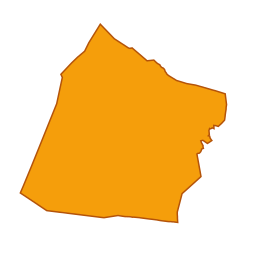 San Juan Lachigalla, Oaxaca, Mexico (Robinson projection), rotated 281°
{"feature_id": "50627088B67527227829858", "entity_name": "San Juan Lachigalla", "entity_type": "district", "adm_level": 2, "iso_a3": "MEX", "parent_name": "Mexico", "parent_adm1": "Oaxaca", "projection": "robinson", "projection_center": [-96.544, 16.566], "detail": "fine", "context": "isolated", "style": "filled", "palette": "amber", "viewbox_px": 256, "rotation_deg": 281, "n_neighbors": 0, "source": "geoboundaries", "source_scale": "gbopen_adm2", "svg_char_len": 1958}
<svg xmlns="http://www.w3.org/2000/svg" viewBox="0 0 256 256"><g transform="rotate(281 128 128)"><path d="M94.1,208.8L94.3,208.9L98.2,207.4L115.1,200.8L115.6,200.6L116.4,201.3L116.5,201.6L116.7,202.5L117.3,203.1L118.6,203.9L119.9,204.2L120.6,204.3L121.3,204.2L122.4,205.9L123.5,205.3L125.1,205.0L125.7,204.4L126.5,203.9L127.0,203.3L129.3,201.9L129.9,203.1L130.2,203.9L128.0,208.9L129.3,210.3L131.7,212.7L132.5,211.8L133.6,210.7L133.9,210.5L135.6,209.7L135.7,208.4L137.0,209.1L141.1,207.9L141.3,208.0L143.1,208.2L142.9,209.1L143.2,209.5L143.4,209.8L143.5,209.9L144.2,210.7L143.8,212.5L146.9,211.7L147.0,213.4L147.1,213.5L146.8,216.3L150.4,219.0L153.5,220.9L154.2,221.3L157.8,221.1L159.9,220.9L160.2,220.9L162.1,220.8L165.1,220.7L166.9,220.4L169.7,220.3L177.3,217.8L180.1,216.9L181.3,206.3L181.3,206.1L181.3,205.9L181.5,203.2L183.0,186.2L182.8,177.1L183.9,166.8L183.9,166.6L187.1,158.1L187.6,157.1L188.2,156.0L189.2,155.2L190.0,154.3L190.8,153.5L192.0,153.0L193.0,152.0L193.6,151.0L193.8,149.8L194.4,148.7L195.3,147.8L196.2,147.1L196.5,145.9L196.9,144.8L197.5,143.6L199.6,140.4L197.6,133.9L207.4,116.7L207.0,116.1L206.9,115.4L206.6,114.9L206.5,114.1L206.6,113.5L206.8,112.7L207.0,112.3L213.0,97.5L224.6,81.0L204.3,73.3L195.1,70.8L187.9,65.0L180.9,60.1L167.9,51.9L165.1,53.9L150.0,53.6L138.3,53.4L119.2,49.7L97.9,45.6L71.7,40.5L51.0,36.3L43.7,34.7L31.4,64.0L35.2,119.5L35.4,121.6L37.4,127.1L40.2,134.9L40.3,138.2L40.5,142.3L40.6,142.6L41.1,145.7L41.3,147.1L41.3,148.3L41.3,149.4L41.6,150.6L42.1,155.5L42.2,156.5L42.2,157.3L42.3,159.0L42.5,162.3L42.8,167.0L42.9,167.7L43.3,173.8L43.3,175.7L43.3,177.2L43.4,178.9L43.6,181.9L43.7,183.0L43.7,183.6L43.8,184.7L43.8,185.2L43.8,185.4L44.0,186.5L44.1,187.0L44.2,187.3L44.4,189.9L44.6,190.8L44.6,191.2L44.6,191.7L44.6,192.1L44.7,192.7L44.7,193.0L44.8,194.8L49.0,193.7L50.2,193.5L52.4,192.9L54.9,192.4L55.0,192.4L56.4,192.5L73.9,193.6L84.5,201.6L94.1,208.8Z" fill="#f59e0b" stroke="#b45309" stroke-width="1.5"/></g></svg>